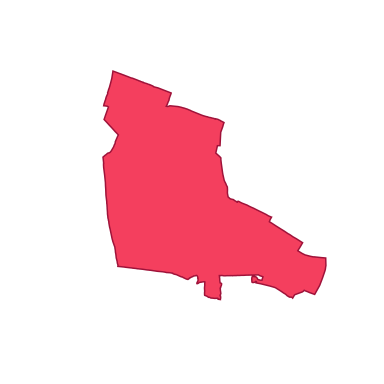 outline of Cordareni, Botosani, Romania, rotated 157°
{"feature_id": "2599482B43153830324809", "entity_name": "Cordareni", "entity_type": "district", "adm_level": 2, "iso_a3": "ROU", "parent_name": "Romania", "parent_adm1": "Botosani", "projection": "mercator", "projection_center": [26.59, 47.999], "detail": "fine", "context": "isolated", "style": "filled", "palette": "rose", "viewbox_px": 384, "rotation_deg": 157, "n_neighbors": 0, "source": "geoboundaries", "source_scale": "gbopen_adm2", "svg_char_len": 5922}
<svg xmlns="http://www.w3.org/2000/svg" viewBox="0 0 384 384"><g transform="rotate(157 192 192)"><path d="M239.6,305.9L237.4,304.7L236.3,303.9L235.7,302.9L241.2,296.9L244.6,293.1L243.2,289.3L241.9,285.5L241.3,284.0L239.8,279.7L239.2,277.9L238.3,275.6L237.5,273.3L238.4,272.6L242.7,268.5L243.0,268.2L243.6,267.0L244.3,266.3L244.9,265.9L246.6,264.1L248.1,263.0L249.3,262.1L249.9,261.6L251.5,260.7L252.1,260.5L253.1,260.4L254.0,260.7L255.1,260.5L256.3,260.0L257.5,259.8L259.0,259.3L260.3,258.9L261.5,254.9L262.0,253.3L262.2,252.7L262.4,252.6L262.8,251.6L263.1,250.9L263.2,250.5L263.6,249.5L265.9,241.4L268.0,234.6L269.3,231.2L270.4,228.0L272.5,222.5L273.8,218.0L274.3,216.3L274.9,214.8L275.1,213.9L276.1,211.1L276.3,210.4L276.7,209.6L276.8,209.1L277.8,206.2L278.3,205.0L278.7,203.7L278.9,202.7L279.2,202.0L279.7,200.1L279.7,199.4L280.0,198.6L280.1,197.4L280.6,196.0L281.6,191.8L281.8,190.2L283.8,180.2L284.0,178.6L284.2,177.3L284.5,172.7L284.5,171.6L284.9,170.3L285.4,168.2L286.0,166.5L286.4,164.5L286.7,163.5L287.5,160.9L287.7,159.4L288.0,157.5L288.5,155.7L288.7,153.8L289.0,153.0L289.3,152.5L283.5,149.3L282.6,148.7L278.0,146.1L277.4,145.8L276.5,145.2L273.1,143.3L272.5,142.8L271.6,142.4L270.6,141.8L268.0,140.4L266.2,139.3L263.6,137.7L262.9,137.4L262.0,136.8L261.5,136.6L260.8,136.2L260.0,135.7L254.8,132.5L250.3,130.1L248.5,129.0L246.9,127.8L244.4,126.6L243.4,126.0L241.9,125.0L241.6,124.9L241.4,124.7L241.4,124.3L241.3,124.1L240.4,123.3L238.6,122.0L236.7,119.9L235.2,118.3L234.9,118.0L234.0,117.5L233.4,116.5L232.6,115.7L231.9,114.8L230.9,113.8L230.4,113.6L230.1,113.2L229.9,113.1L228.5,113.4L228.3,113.6L227.9,113.8L227.6,113.6L227.0,113.8L226.5,113.8L225.8,113.9L224.4,113.8L223.3,114.1L222.8,113.9L221.9,113.6L220.8,113.6L220.2,113.3L220.1,113.2L219.9,111.3L220.4,110.4L220.2,110.2L220.4,109.6L220.8,108.8L221.2,107.9L221.5,107.6L222.4,107.0L222.9,106.5L223.3,105.8L223.3,105.7L223.2,105.6L222.4,105.5L221.9,105.5L220.8,105.8L220.2,105.8L219.5,105.6L219.2,105.6L218.8,105.4L217.7,105.2L215.7,104.6L215.3,104.2L216.4,102.0L216.6,101.3L216.9,100.8L217.0,100.6L217.5,99.7L218.0,98.8L219.1,95.7L219.8,94.4L220.5,92.7L220.7,92.1L220.7,91.9L219.2,90.5L218.6,89.7L218.1,88.8L217.8,88.5L217.0,88.2L216.8,88.0L216.4,87.4L216.0,87.0L214.4,86.2L212.7,85.2L210.0,84.2L209.7,83.9L209.9,83.1L207.9,81.9L207.7,82.4L207.1,83.1L206.8,83.8L206.4,85.1L206.7,85.3L206.7,85.5L206.3,86.2L205.4,86.9L205.2,87.1L205.1,87.5L204.8,88.4L204.1,91.1L203.8,91.6L203.8,92.1L203.7,92.3L203.3,92.8L203.0,92.8L202.9,92.9L202.8,93.2L202.7,93.5L201.9,94.1L201.7,94.3L201.2,94.9L200.6,95.9L200.6,96.2L200.8,96.6L201.6,97.3L201.6,97.6L201.4,98.1L201.2,99.2L200.3,101.6L200.1,102.5L199.9,103.1L199.7,103.2L199.6,103.9L199.6,104.2L199.5,104.4L199.1,104.2L197.1,103.5L195.4,102.4L194.2,101.9L192.4,101.3L190.8,100.6L187.8,99.4L187.7,99.2L187.2,99.1L185.1,98.3L183.7,97.7L183.1,97.6L181.1,96.7L179.1,96.0L177.0,95.1L174.9,94.4L170.9,92.8L169.6,92.3L168.8,91.9L164.4,90.2L163.3,89.9L162.8,89.2L162.2,88.4L159.8,86.3L159.8,86.2L161.2,84.6L162.0,83.5L163.3,84.0L165.4,85.6L165.6,85.9L165.6,87.1L166.1,88.5L166.3,88.9L166.9,89.3L167.3,89.8L167.6,89.7L167.9,89.8L168.2,90.1L169.1,90.7L169.3,90.7L169.6,90.6L170.3,89.8L170.6,89.4L171.3,87.8L171.5,87.2L172.0,85.7L171.9,85.3L171.7,85.1L171.2,84.8L170.1,84.5L169.2,84.4L168.8,84.5L168.6,84.7L168.3,84.8L168.1,84.8L167.7,84.3L168.5,83.3L164.5,80.6L156.9,74.9L153.1,71.8L152.6,71.3L150.0,67.6L148.9,66.0L147.0,63.0L146.3,62.1L145.7,61.2L144.8,59.1L144.0,58.2L143.7,57.8L143.6,57.4L142.9,56.9L141.8,56.5L141.1,55.8L140.8,55.0L139.7,55.8L138.0,57.1L137.3,57.3L129.4,56.9L128.2,57.2L127.1,57.7L126.4,56.8L124.3,54.8L123.1,53.5L119.1,49.8L111.0,56.1L108.3,58.9L105.7,61.6L100.6,67.3L99.4,68.8L98.5,70.4L97.4,72.1L97.0,73.2L94.7,79.0L99.0,81.3L104.6,84.4L105.7,84.9L108.2,86.6L111.7,89.3L112.3,89.7L114.7,92.5L117.6,96.6L114.0,99.1L110.0,102.1L114.2,108.2L116.8,111.6L117.5,112.8L119.0,115.1L119.6,115.7L121.8,119.1L128.2,128.3L130.6,131.9L132.4,134.4L130.8,136.1L129.9,136.8L129.2,137.3L128.6,137.8L129.1,138.2L129.6,138.8L131.0,140.2L132.4,142.2L135.3,145.6L138.7,149.5L142.0,153.4L143.1,154.5L145.3,157.0L146.3,158.3L150.5,162.4L152.4,164.7L152.9,165.3L153.5,165.5L153.9,165.2L154.2,164.9L154.5,165.0L154.7,165.5L155.1,166.1L156.3,167.7L156.6,168.4L156.7,168.7L157.1,169.0L159.0,170.4L159.4,170.8L159.7,171.2L160.3,172.6L160.5,173.0L160.7,173.3L160.0,176.5L159.7,177.5L158.5,180.1L157.5,182.8L157.7,185.0L157.6,186.1L157.7,187.9L157.8,188.4L157.8,190.2L156.7,196.2L156.4,197.5L153.8,207.1L152.8,210.5L152.1,212.1L152.7,213.9L154.9,218.6L154.0,219.8L150.5,224.7L148.1,223.7L142.2,235.8L140.7,237.4L138.2,240.1L136.8,241.9L135.4,243.4L135.9,244.1L136.3,244.5L136.9,245.3L137.5,245.9L137.8,246.3L137.8,246.5L138.6,247.4L139.7,248.7L141.7,250.2L141.9,250.0L142.0,250.1L142.5,250.4L143.0,251.1L143.9,251.7L144.2,251.9L146.1,253.4L146.7,253.7L147.6,254.4L148.3,255.1L149.6,256.0L151.9,257.9L153.1,259.0L157.2,263.1L160.3,266.2L161.1,267.0L161.5,267.6L163.2,269.3L163.8,270.0L165.0,271.0L166.3,272.2L167.0,272.6L167.3,273.0L168.2,273.6L168.7,274.1L171.5,276.1L177.7,279.5L178.7,280.0L179.2,280.1L179.9,280.0L180.8,280.2L181.4,280.4L182.2,281.0L180.6,282.3L179.0,284.0L178.1,284.8L177.5,285.3L177.1,285.8L176.8,286.4L176.5,286.8L175.4,288.1L172.9,290.7L172.5,291.3L174.9,293.6L178.8,297.4L182.7,301.2L184.7,302.7L186.3,304.0L186.3,304.3L186.5,304.7L186.8,305.0L187.2,305.5L188.0,306.2L188.2,306.7L189.0,307.1L189.2,307.6L189.7,307.9L190.7,308.8L191.1,309.3L193.2,311.0L193.8,311.6L194.2,311.8L194.1,312.1L194.3,312.2L194.7,312.5L195.2,313.1L196.0,313.6L196.4,314.3L197.5,315.2L198.2,316.0L201.5,319.2L202.3,320.0L203.1,320.5L204.2,321.5L205.9,323.2L217.5,334.2L221.5,327.8L224.2,324.3L226.8,321.0L227.8,319.8L228.5,319.2L230.0,317.3L230.9,316.4L231.0,315.8L231.3,315.3L233.7,313.1L234.7,311.9L235.5,310.8L236.4,309.9L237.3,308.8L238.4,307.6L239.1,306.6L239.6,305.9Z" fill="#f43f5e" stroke="#9f1239" stroke-width="1.5"/></g></svg>